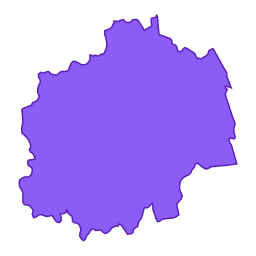 Dungun, Terengganu, Malaysia (Natural Earth projection)
{"feature_id": "92858781B15989569853600", "entity_name": "Dungun", "entity_type": "district", "adm_level": 2, "iso_a3": "MYS", "parent_name": "Malaysia", "parent_adm1": "Terengganu", "projection": "natural_earth1", "projection_center": [103.127, 4.682], "detail": "fine", "context": "isolated", "style": "filled", "palette": "violet", "viewbox_px": 256, "rotation_deg": 0, "n_neighbors": 0, "source": "geoboundaries", "source_scale": "gbopen_adm2", "svg_char_len": 3286}
<svg xmlns="http://www.w3.org/2000/svg" viewBox="0 0 256 256"><path d="M21.5,128.1L22.0,133.1L24.7,135.5L25.9,136.7L28.0,139.0L30.0,143.3L30.9,147.1L29.2,149.7L30.7,152.3L32.9,153.5L35.4,158.9L31.9,159.6L28.2,160.3L27.6,162.7L28.2,165.1L32.1,168.2L32.3,171.0L31.1,175.0L27.8,177.4L25.7,176.7L22.5,177.9L19.8,179.8L19.2,182.1L19.6,186.6L21.4,189.7L23.1,192.8L22.9,196.6L22.9,202.3L24.3,204.6L27.2,205.1L29.6,205.8L31.9,208.4L33.3,210.3L32.3,214.1L33.5,217.7L36.6,216.7L39.1,214.8L41.1,214.6L43.8,215.5L46.5,216.5L49.7,216.0L51.8,215.3L54.0,218.4L56.1,221.5L58.4,222.6L60.2,222.2L61.4,219.8L61.0,217.2L60.4,214.1L63.5,213.6L66.1,212.5L66.8,209.8L68.4,213.6L71.9,216.2L72.5,219.1L72.5,221.2L74.8,222.9L77.0,223.1L78.7,224.3L80.3,227.1L80.9,230.0L80.1,232.6L79.7,236.1L81.3,238.7L83.2,240.6L84.8,239.8L85.0,239.7L87.1,235.0L88.9,233.5L90.4,230.9L92.2,229.0L94.0,229.0L95.5,230.5L98.4,230.2L100.6,229.7L102.9,232.1L105.1,233.5L107.6,232.6L109.6,230.9L112.1,227.6L115.8,226.2L118.1,226.0L119.1,224.1L121.7,225.5L124.8,230.2L127.5,234.2L131.0,233.8L133.0,232.6L133.4,229.5L135.5,227.8L137.7,226.2L138.4,222.9L139.4,220.7L141.0,218.6L142.3,215.5L143.3,211.3L144.3,207.7L147.6,207.7L150.3,205.3L152.3,203.2L152.9,204.9L152.9,209.4L154.2,213.2L155.2,215.8L156.0,219.1L157.6,221.7L159.7,221.2L161.3,219.8L164.2,218.8L168.7,218.4L173.2,217.9L175.9,217.0L178.8,214.8L178.4,212.7L177.5,208.4L176.7,204.4L179.0,201.3L181.2,198.9L182.3,195.9L181.2,193.3L179.6,189.9L179.6,185.2L180.6,180.7L182.7,178.3L185.1,176.4L188.8,174.8L191.1,172.4L191.7,170.3L194.2,167.4L195.4,163.9L198.1,163.2L200.5,165.6L203.6,167.9L206.1,169.1L209.3,167.9L211.8,166.5L214.5,166.5L218.4,166.0L226.8,165.3L236.8,163.9L231.5,145.4L229.6,142.1L228.8,140.3L229.6,138.5L231.2,138.2L232.7,138.5L233.6,138.9L234.8,138.5L235.2,137.4L235.0,136.0L234.6,134.4L234.0,132.5L233.7,130.0L234.2,127.2L234.8,125.6L234.9,123.3L234.5,121.5L233.8,120.0L232.9,118.0L225.6,95.9L225.4,93.4L226.5,91.0L227.4,89.4L225.4,88.3L225.3,86.2L228.2,86.9L229.0,86.9L231.2,87.8L227.1,77.1L226.7,75.0L226.9,73.4L213.1,48.7L209.9,49.8L208.6,51.2L208.4,52.8L207.6,54.5L206.5,55.6L204.9,56.5L203.8,57.1L202.3,58.3L201.0,58.7L198.9,58.3L197.1,58.3L196.3,56.9L195.2,54.3L194.4,53.3L192.3,51.8L190.6,50.9L188.9,49.7L186.3,48.1L184.7,47.7L183.4,48.7L181.7,51.2L180.4,51.6L177.8,51.3L177.2,48.9L176.6,46.6L175.5,45.0L173.4,44.5L172.1,43.4L171.9,41.0L170.7,38.9L159.0,34.5L157.4,16.3L156.5,15.4L156.2,17.1L153.5,17.8L151.3,18.5L151.1,21.8L151.9,25.8L144.3,30.3L141.6,25.8L140.0,23.5L138.8,21.1L137.3,19.7L135.5,19.5L132.8,19.7L130.8,21.8L128.7,22.5L125.8,22.3L123.2,19.5L121.7,19.9L117.2,21.6L114.2,20.9L113.7,23.0L112.1,26.6L110.1,28.7L107.4,29.6L104.7,30.8L104.7,34.6L106.0,37.9L106.8,43.8L106.6,47.4L105.5,50.2L103.5,54.3L101.2,54.0L98.6,56.1L94.7,55.2L93.8,56.1L90.0,55.0L90.0,56.9L90.0,59.9L86.9,64.0L84.2,64.9L80.7,64.4L77.0,62.1L73.7,61.1L71.5,62.8L69.6,66.8L68.2,70.6L64.9,71.5L62.3,71.3L60.2,72.0L57.7,74.6L54.5,75.1L51.4,74.1L48.5,71.5L46.7,71.8L43.2,73.2L41.1,72.2L38.7,73.9L38.3,76.7L39.5,78.6L40.5,81.5L39.5,83.9L38.5,85.7L37.6,89.3L37.8,92.8L39.3,96.6L37.4,100.2L35.2,101.6L32.5,102.8L31.5,105.2L27.8,106.6L23.7,108.2L21.8,109.7L22.1,112.0L22.5,115.8L22.7,120.1L22.7,122.9L21.8,127.9L21.5,128.1Z" fill="#8b5cf6" stroke="#5b21b6" stroke-width="1.5"/></svg>